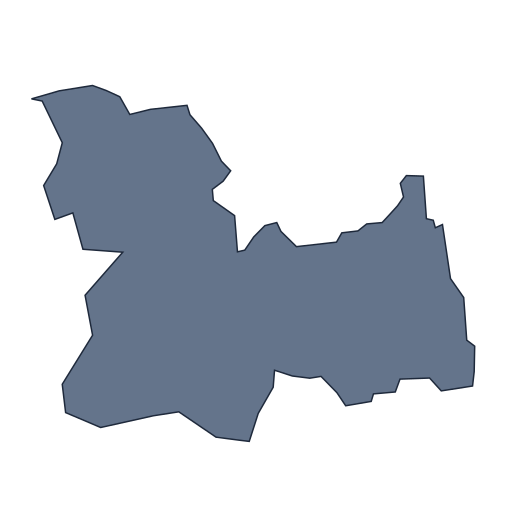 the district of Lezhë, Lezhë, Albania, rotated 265°
{"feature_id": "67620474B20431026689517", "entity_name": "Lezhë", "entity_type": "district", "adm_level": 2, "iso_a3": "ALB", "parent_name": "Albania", "parent_adm1": "Lezhë", "projection": "equal_earth", "projection_center": [19.698, 41.807], "detail": "fine", "context": "isolated", "style": "filled", "palette": "slate", "viewbox_px": 512, "rotation_deg": 265, "n_neighbors": 0, "source": "geoboundaries", "source_scale": "gbopen_adm2", "svg_char_len": 1098}
<svg xmlns="http://www.w3.org/2000/svg" viewBox="0 0 512 512"><g transform="rotate(265 256 256)"><path d="M310.0,58.8L314.9,77.3L277.8,84.2L271.4,123.6L255.6,107.1L231.8,82.3L191.3,86.3L145.1,51.8L116.6,52.7L98.7,86.3L105.8,139.9L107.5,165.5L79.0,200.4L73.9,223.6L71.9,233.1L99.0,244.5L123.8,261.7L140.6,264.5L133.3,281.7L129.6,298.9L130.4,310.3L112.8,324.7L99.0,332.3L101.1,358.1L108.4,361.0L108.4,382.9L120.8,388.7L119.3,418.3L105.5,428.8L107.6,460.4L121.9,463.3L147.1,466.0L153.8,458.6L196.5,459.3L216.5,447.8L271.1,444.5L268.5,437.1L276.2,435.7L278.3,429.0L321.0,429.7L323.0,412.8L315.8,406.1L301.9,408.1L293.7,401.4L285.0,392.0L278.3,384.6L278.3,369.1L272.1,359.7L271.6,343.5L262.8,337.4L261.8,297.1L278.3,283.0L287.5,279.6L285.5,267.5L275.2,255.4L262.8,245.3L261.8,237.9L298.1,238.2L314.9,218.3L326.2,218.3L333.4,229.8L343.1,238.2L353.5,229.8L372.0,222.5L388.0,213.0L402.5,202.5L412.1,200.4L411.3,163.6L408.0,142.6L426.5,134.2L433.7,121.6L440.1,108.0L437.7,74.4L432.1,46.0L429.0,56.5L385.7,72.9L365.2,65.5L344.7,50.6L310.0,58.8Z" fill="#64748b" stroke="#1e293b" stroke-width="1.5"/></g></svg>